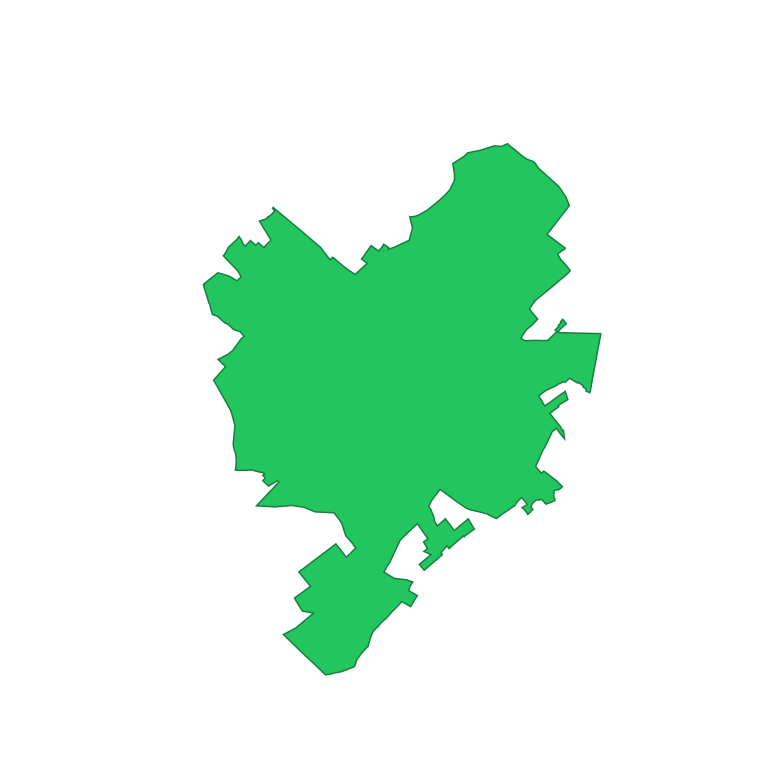 Umán, Yucatán, Mexico, rotated 37°
{"feature_id": "50627088B93748146703030", "entity_name": "Umán", "entity_type": "district", "adm_level": 2, "iso_a3": "MEX", "parent_name": "Mexico", "parent_adm1": "Yucatán", "projection": "robinson", "projection_center": [-89.729, 20.847], "detail": "fine", "context": "isolated", "style": "filled", "palette": "green", "viewbox_px": 768, "rotation_deg": 37, "n_neighbors": 0, "source": "geoboundaries", "source_scale": "gbopen_adm2", "svg_char_len": 5978}
<svg xmlns="http://www.w3.org/2000/svg" viewBox="0 0 768 768"><g transform="rotate(37 384 384)"><path d="M486.3,648.6L486.9,648.4L512.3,651.5L513.4,650.3L514.1,649.5L515.2,648.7L519.1,643.5L520.7,642.2L521.4,641.3L522.1,640.4L522.6,640.0L523.4,639.1L523.4,638.7L524.1,637.9L525.2,636.2L525.8,635.4L526.9,633.3L528.4,630.8L529.8,628.8L530.3,627.9L530.3,627.4L530.3,626.8L529.8,625.3L529.1,622.9L528.4,621.2L528.3,620.4L528.2,618.4L528.1,616.4L528.2,616.1L528.1,614.2L528.1,611.9L528.2,609.8L528.7,606.0L528.9,604.3L529.2,603.1L526.2,595.6L525.2,592.5L524.9,591.6L524.2,587.2L524.5,585.9L524.6,582.9L525.2,582.6L525.4,575.7L526.7,570.3L527.0,567.0L527.5,560.8L528.2,555.9L529.2,547.0L539.2,545.8L538.2,537.3L538.3,537.1L538.0,532.9L527.9,534.2L526.8,530.6L526.2,526.6L526.2,524.8L519.7,526.9L512.4,531.2L509.0,533.1L497.1,534.3L496.1,526.9L495.9,522.6L491.1,500.2L490.9,498.4L493.9,480.1L494.7,475.5L512.2,481.2L510.6,486.3L517.8,489.3L516.6,493.7L524.2,492.0L520.8,506.8L528.2,508.6L533.3,485.1L531.1,484.5L531.7,475.1L535.1,476.3L535.8,472.0L538.9,457.5L540.0,457.7L540.0,457.2L539.9,457.0L541.0,453.4L542.3,449.2L543.5,445.5L532.4,441.0L529.2,454.9L528.4,458.6L525.3,457.8L515.8,455.2L514.0,454.7L513.9,456.1L512.1,465.3L507.9,463.5L506.2,462.5L503.6,460.1L497.0,456.1L493.9,455.1L493.4,454.9L492.1,448.1L492.2,434.4L510.7,434.2L522.3,433.8L525.5,433.4L527.0,433.1L531.7,431.2L536.9,428.8L540.7,427.2L544.8,425.6L547.1,425.4L549.6,424.9L554.7,423.9L555.1,422.8L556.0,419.6L556.0,419.4L556.7,417.0L557.2,415.5L557.6,414.4L557.9,413.5L558.2,412.8L559.6,408.5L560.0,407.2L560.6,405.2L561.2,403.7L561.3,403.0L561.7,402.0L561.7,401.5L561.5,400.5L561.4,399.9L561.3,399.3L561.5,398.1L561.5,396.4L562.3,391.8L569.7,393.6L570.7,394.6L570.5,395.3L568.6,399.7L571.8,399.9L575.3,400.9L577.4,401.6L578.0,398.6L577.9,396.6L578.5,394.7L578.0,394.4L575.4,393.9L574.6,391.9L574.6,388.1L574.9,387.0L575.3,385.3L576.1,384.4L576.3,383.9L577.6,383.6L578.9,381.5L580.9,381.6L582.6,381.9L583.3,381.9L584.2,382.3L585.9,382.4L586.9,380.0L587.7,379.5L590.5,374.5L590.4,373.8L589.8,373.1L588.4,372.4L587.3,371.7L586.3,370.3L584.0,366.7L586.2,363.7L586.9,363.7L587.9,361.1L588.2,358.6L583.5,358.0L580.5,357.4L564.1,357.4L563.3,360.5L559.5,359.6L558.5,359.6L554.7,358.5L550.6,340.3L550.5,337.5L549.6,333.3L547.0,320.4L548.6,315.7L550.3,316.2L552.2,316.8L555.2,317.8L557.0,318.2L561.2,319.1L555.6,313.5L555.6,314.2L551.6,312.3L550.3,311.8L544.6,310.4L534.0,307.7L537.3,296.8L535.9,296.4L540.2,285.8L533.2,280.8L531.9,284.7L525.7,304.7L525.6,304.8L514.8,300.3L515.0,299.4L517.2,291.6L522.1,282.6L523.6,278.5L526.4,273.7L527.5,273.8L528.8,267.7L538.2,266.7L538.2,265.7L544.3,265.5L544.8,266.5L548.4,266.4L549.7,268.1L553.0,267.2L553.7,267.0L551.4,262.3L549.9,259.3L549.7,258.9L548.8,257.2L548.1,255.9L546.9,253.6L546.6,252.9L546.0,251.5L545.8,251.2L545.0,249.6L543.2,246.1L542.2,244.1L539.5,238.6L537.7,235.0L535.8,231.3L534.1,227.9L532.5,224.6L531.7,222.8L529.3,218.2L526.9,213.3L499.3,233.1L498.2,233.8L497.7,234.2L496.8,234.9L495.7,235.7L494.6,236.5L493.0,237.6L492.0,237.4L492.1,237.2L492.0,236.9L491.9,236.8L491.9,236.7L491.7,236.6L491.5,236.1L491.6,235.2L492.0,233.4L492.1,232.5L492.3,231.5L492.5,230.6L492.6,229.7L492.8,228.8L493.0,227.9L493.2,226.9L493.4,226.1L489.4,225.1L487.8,224.8L487.5,228.0L488.5,228.1L488.3,229.9L488.1,230.8L488.0,232.2L488.4,232.2L488.9,232.3L488.2,238.0L490.4,238.0L490.9,238.0L491.1,237.9L491.0,238.8L490.4,239.3L488.7,249.8L489.1,250.1L488.6,250.6L483.2,254.9L480.2,256.9L475.5,260.6L470.0,264.9L465.7,264.9L465.1,254.7L466.7,248.1L467.7,239.7L457.6,237.4L454.8,236.2L454.7,227.7L454.3,227.7L459.3,206.9L464.3,185.0L464.4,183.8L464.4,181.4L463.3,181.0L457.1,179.5L449.8,178.1L444.4,175.6L444.6,174.6L445.4,172.3L445.9,170.4L447.0,167.9L446.9,166.4L424.6,166.4L424.2,166.4L424.7,129.9L416.8,125.3L415.1,124.5L412.0,123.7L409.4,122.5L407.1,121.8L404.4,121.0L397.3,120.4L377.8,118.7L371.5,116.6L369.2,116.5L362.9,118.5L357.1,118.7L346.3,118.1L342.2,118.2L338.1,117.7L334.8,123.6L328.8,127.4L323.7,134.5L319.7,140.1L316.7,143.4L311.8,148.9L310.9,154.2L306.3,166.6L314.3,174.3L317.7,179.0L319.7,189.3L319.3,194.4L319.3,194.5L317.7,203.7L313.9,219.3L309.9,228.4L308.4,230.8L304.4,234.8L303.9,234.9L312.7,242.1L313.1,242.8L314.9,247.4L317.6,254.0L315.9,257.4L315.1,258.9L313.4,262.0L312.1,264.6L310.4,267.9L306.3,274.1L305.7,272.2L299.6,272.6L300.0,275.9L299.8,281.2L297.8,281.1L294.6,281.2L291.5,281.2L290.4,281.2L290.8,292.7L290.8,297.7L298.0,297.7L295.0,313.9L285.6,314.5L284.7,314.3L283.4,314.5L275.5,314.1L267.5,313.6L266.6,313.9L266.1,317.3L250.8,313.0L248.1,312.9L231.7,311.9L225.9,311.5L214.7,311.0L189.3,309.7L189.2,310.6L192.6,311.9L191.5,319.8L190.7,319.9L190.7,322.1L191.0,322.2L186.5,328.9L207.2,337.1L206.9,339.6L206.6,340.4L206.4,341.3L205.9,347.4L198.6,346.7L198.2,350.5L191.0,349.8L190.2,357.3L187.0,357.0L184.5,355.4L182.7,354.5L181.3,354.1L179.5,353.4L179.5,357.2L178.9,360.4L178.0,365.6L177.5,369.0L178.3,373.1L178.5,375.0L178.6,376.3L178.5,378.3L198.3,381.6L200.0,381.9L205.4,384.4L205.9,383.8L205.3,385.3L205.0,386.8L204.6,389.8L202.6,390.3L199.6,390.6L195.1,391.2L194.2,391.5L190.8,392.7L188.9,393.4L187.2,394.0L184.4,395.2L180.4,410.7L179.8,413.3L195.3,424.6L197.5,425.6L200.1,428.0L205.2,431.7L210.0,430.2L211.1,430.2L220.3,431.0L224.1,430.1L231.0,431.0L237.7,428.8L243.7,430.1L242.7,434.0L243.0,448.5L241.5,454.2L236.7,464.2L247.0,465.6L245.6,483.4L277.9,497.5L289.9,506.8L299.4,522.3L302.1,525.2L307.9,529.3L312.0,534.0L314.2,537.1L317.3,542.3L324.8,536.8L329.6,532.5L339.5,528.4L340.0,527.7L342.7,527.5L342.1,529.8L345.7,530.6L345.5,534.2L353.3,534.9L357.0,525.6L359.1,525.5L355.5,558.0L371.6,547.3L372.2,546.4L377.3,542.1L383.1,536.7L393.8,530.8L405.9,527.6L421.2,517.2L422.4,517.1L430.6,519.5L434.3,520.9L444.8,528.2L455.3,530.4L457.0,531.3L460.2,531.7L458.2,545.0L441.8,540.7L429.1,585.4L430.4,585.7L447.1,589.8L441.3,608.9L455.5,614.5L465.6,609.4L460.4,632.0L454.4,644.6L486.3,648.6Z" fill="#22c55e" stroke="#15803d" stroke-width="1.5"/></g></svg>